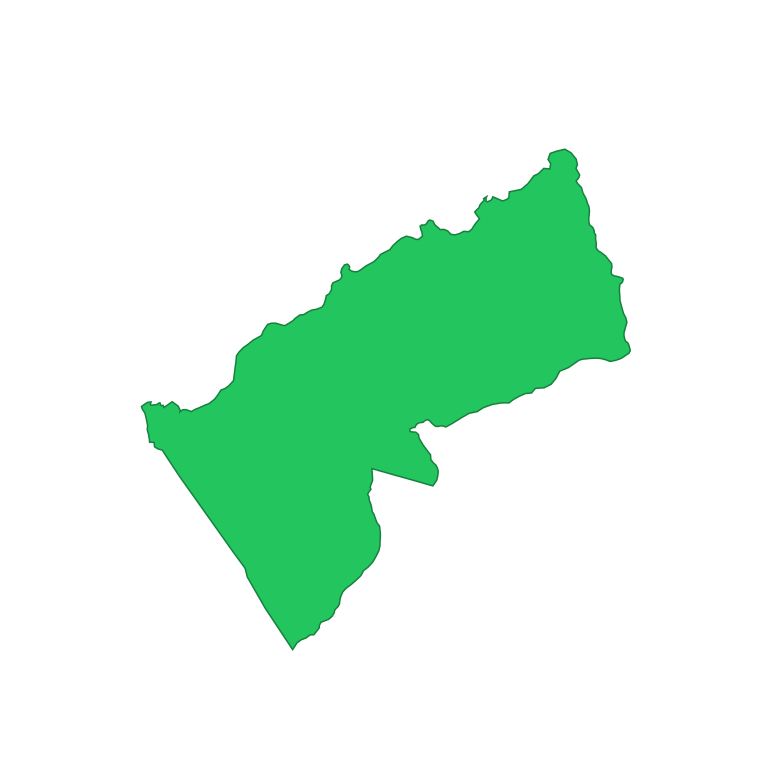 outline of Las Minas, Veracruz, Mexico, rotated 19°
{"feature_id": "50627088B75168752145477", "entity_name": "Las Minas", "entity_type": "district", "adm_level": 2, "iso_a3": "MEX", "parent_name": "Mexico", "parent_adm1": "Veracruz", "projection": "albers", "projection_center": [-97.147, 19.704], "detail": "fine", "context": "isolated", "style": "filled", "palette": "green", "viewbox_px": 768, "rotation_deg": 19, "n_neighbors": 0, "source": "geoboundaries", "source_scale": "gbopen_adm2", "svg_char_len": 5546}
<svg xmlns="http://www.w3.org/2000/svg" viewBox="0 0 768 768"><g transform="rotate(19 384 384)"><path d="M178.1,508.7L179.2,511.1L180.2,512.6L180.6,513.9L181.3,515.3L181.4,515.2L183.5,514.7L185.6,514.1L187.5,518.1L191.3,519.0L195.8,518.7L203.0,524.3L220.4,537.7L296.3,592.1L311.3,602.5L312.8,603.6L317.6,611.0L344.7,634.7L384.1,664.9L386.0,657.2L388.9,652.9L393.0,649.5L395.8,645.3L399.3,643.9L400.8,639.8L402.2,635.6L401.5,633.5L401.9,629.9L405.2,627.1L406.4,626.1L408.3,624.5L410.6,620.6L411.4,616.7L411.2,614.5L411.1,613.4L412.4,610.7L413.1,609.3L413.5,606.4L412.6,602.5L412.3,598.8L412.7,594.0L414.7,589.4L416.4,586.9L418.1,584.5L421.4,578.8L423.7,574.4L424.6,572.6L425.4,567.1L427.9,563.4L428.8,561.9L431.3,556.1L431.9,553.4L432.6,549.5L433.4,543.7L433.1,540.4L432.9,538.3L431.6,534.5L430.8,531.4L430.2,529.3L429.3,526.6L427.8,523.5L426.1,519.8L422.6,517.5L419.5,513.8L416.7,510.2L414.6,508.7L411.7,503.4L409.3,500.2L407.8,498.6L406.5,495.5L404.5,493.8L404.7,491.4L405.9,487.8L405.3,487.0L404.4,485.7L404.5,482.9L404.5,482.2L404.6,478.8L404.2,477.8L402.6,473.8L400.1,468.0L413.3,467.2L424.9,466.6L432.8,466.1L444.9,465.4L452.8,465.0L460.7,464.6L463.4,464.4L465.2,457.8L464.9,454.8L464.7,452.9L463.7,448.9L462.1,446.4L459.8,444.0L456.2,442.4L453.0,440.3L451.0,435.7L448.2,434.0L440.9,429.0L434.7,423.7L433.1,420.6L429.7,419.2L427.6,419.8L424.6,420.5L423.5,419.6L423.3,418.0L424.1,417.3L424.5,416.9L425.8,415.6L427.4,415.1L427.5,413.2L427.8,412.5L428.2,411.1L429.8,409.4L431.5,408.3L432.5,408.1L433.4,407.4L433.9,406.7L434.4,405.5L435.8,404.3L436.7,403.5L439.3,403.9L441.9,405.5L445.4,406.9L446.7,407.2L448.6,406.7L451.1,405.2L453.5,404.5L456.2,404.5L456.5,404.5L461.7,398.7L462.6,397.7L463.0,397.1L466.0,393.4L466.3,393.1L468.2,390.7L468.9,389.9L472.9,385.3L473.9,384.1L478.9,381.1L481.1,379.8L483.6,376.6L485.8,373.9L492.5,368.5L493.1,368.1L495.3,366.8L497.4,365.7L500.3,364.1L500.9,363.8L504.7,362.4L508.3,361.2L508.5,360.9L511.4,356.6L512.5,355.3L514.2,353.4L516.2,351.2L516.7,350.8L517.1,350.4L520.7,347.1L520.8,347.0L526.5,344.4L527.1,342.6L528.1,340.0L528.6,338.8L529.4,338.4L531.8,337.5L535.7,335.8L536.6,335.5L541.1,330.9L542.1,329.9L544.8,322.7L544.9,322.0L546.0,314.6L553.1,308.4L553.5,307.8L557.0,303.1L559.9,299.1L560.8,297.9L564.0,295.7L565.7,295.0L571.3,292.4L574.7,291.1L576.4,290.4L579.6,289.6L581.0,289.3L585.3,288.9L588.8,289.0L590.5,289.0L595.2,286.3L599.3,283.1L602.2,279.8L602.9,278.7L605.6,275.1L606.0,272.2L603.4,268.2L601.3,265.8L599.4,265.1L598.1,264.6L597.4,263.7L595.3,260.4L594.3,257.7L593.9,252.4L593.6,246.6L592.6,245.1L591.0,242.6L587.9,239.7L585.7,236.8L583.4,233.4L583.0,232.8L582.9,232.6L581.1,230.0L580.0,228.3L578.4,224.2L578.0,223.3L577.3,221.6L576.2,219.1L575.8,217.8L575.2,215.6L574.6,212.7L575.7,211.3L576.3,209.8L576.1,207.2L575.3,206.3L573.3,206.3L570.2,206.3L566.5,206.8L563.9,206.4L562.4,204.5L561.7,201.6L561.5,199.2L559.9,196.0L556.9,194.1L551.8,190.8L546.2,188.9L543.7,188.5L542.1,187.6L540.7,186.6L539.9,185.3L539.1,182.2L536.9,178.2L535.5,173.9L533.6,172.6L532.6,170.3L530.5,168.0L526.6,166.6L524.8,163.7L523.5,160.1L523.0,157.6L521.8,153.1L519.9,149.4L517.9,147.4L514.6,142.9L509.9,138.6L506.8,134.0L501.6,131.3L499.6,129.5L501.0,125.7L501.0,122.7L495.3,117.6L495.5,113.7L492.5,108.8L485.6,104.5L478.6,103.1L475.9,104.8L471.5,107.6L466.0,111.9L466.0,118.3L469.8,121.3L470.8,126.7L464.9,128.1L461.4,135.0L457.9,138.4L454.9,147.7L450.4,155.3L445.0,158.5L439.9,161.5L440.5,163.7L441.4,167.1L440.0,169.5L436.6,172.3L425.9,171.6L426.0,173.1L425.5,175.1L422.7,178.0L420.9,177.8L420.0,175.4L420.1,173.4L417.8,176.3L419.0,177.5L417.5,180.6L416.4,183.4L416.3,186.8L414.8,189.3L413.8,191.9L417.6,194.8L420.5,196.7L418.4,202.1L417.4,205.6L416.6,209.2L414.4,212.5L409.8,213.6L406.4,217.2L402.5,219.9L398.6,220.7L394.3,218.5L390.2,218.3L386.9,219.7L383.5,218.2L380.0,216.8L377.5,214.1L373.8,214.0L372.5,215.7L372.0,218.6L370.5,220.6L367.9,221.3L366.7,223.0L368.7,226.1L370.8,228.7L372.2,231.8L369.6,236.0L367.0,236.9L363.3,236.4L359.5,236.7L357.1,236.9L353.0,240.6L350.1,245.1L347.3,250.4L345.8,255.1L341.2,259.8L338.4,262.8L337.6,265.7L334.9,271.3L333.1,273.3L331.7,274.8L328.5,278.2L325.6,282.5L323.1,285.8L320.4,287.3L316.6,287.8L313.5,286.9L313.4,284.4L311.9,283.1L310.1,282.6L307.8,284.4L306.6,288.6L306.8,292.5L308.6,294.7L309.2,297.4L308.0,300.1L305.5,302.4L302.8,304.9L302.4,308.1L303.2,310.5L303.6,312.5L302.8,316.6L300.7,319.1L301.2,323.6L301.3,327.9L300.4,331.5L296.3,335.0L291.5,337.7L288.5,340.8L285.6,344.4L281.8,346.3L278.7,350.8L277.3,353.8L274.3,357.5L271.5,360.9L269.0,361.5L265.7,361.6L261.9,361.7L257.5,363.3L255.9,364.6L254.6,365.5L253.4,369.9L252.7,372.6L252.6,373.3L252.5,375.9L252.3,378.0L251.5,379.0L247.8,383.1L245.9,385.3L244.3,387.8L243.4,389.2L243.1,389.8L241.9,391.6L241.5,392.1L239.2,395.3L236.5,401.0L235.3,405.5L235.7,406.9L236.4,409.6L236.7,410.9L237.9,416.9L239.7,425.5L240.6,429.9L237.6,436.7L234.9,440.3L231.8,442.8L230.6,448.0L228.7,453.7L224.9,459.5L221.6,462.3L217.7,466.0L214.0,469.2L210.7,472.8L208.0,472.7L205.1,472.7L202.1,473.8L200.1,476.7L199.9,475.2L198.9,474.3L196.6,471.9L194.9,471.4L191.7,470.4L190.7,470.1L189.5,469.7L188.1,471.6L185.6,475.1L183.5,478.0L182.2,476.1L181.6,476.4L180.9,476.7L179.5,476.8L179.1,475.7L178.3,474.8L177.1,475.5L176.0,477.2L176.1,477.3L174.0,478.3L170.9,479.8L169.8,479.4L169.6,476.8L166.5,478.2L165.4,479.6L163.5,482.1L162.1,484.1L162.0,484.4L163.9,486.6L164.8,487.4L167.2,489.1L168.8,491.5L169.4,492.3L174.2,500.6L174.7,503.5L174.8,503.7L176.1,506.0L178.1,508.7Z" fill="#22c55e" stroke="#15803d" stroke-width="1.5"/></g></svg>